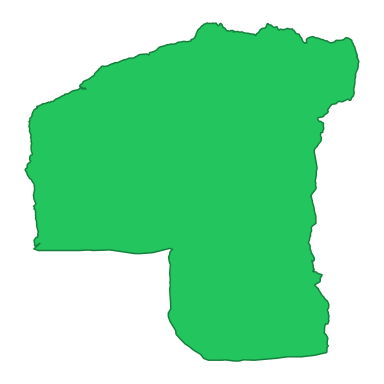 North Tanna, Tafea, Vanuatu (orthographic projection)
{"feature_id": "77236927B7031422019545", "entity_name": "North Tanna", "entity_type": "district", "adm_level": 2, "iso_a3": "VUT", "parent_name": "Vanuatu", "parent_adm1": "Tafea", "projection": "orthographic", "projection_center": [169.312, -19.371], "detail": "fine", "context": "isolated", "style": "filled", "palette": "green", "viewbox_px": 384, "rotation_deg": 0, "n_neighbors": 0, "source": "geoboundaries", "source_scale": "gbopen_adm2", "svg_char_len": 5783}
<svg xmlns="http://www.w3.org/2000/svg" viewBox="0 0 384 384"><path d="M326.6,352.5L326.9,351.5L327.0,347.7L328.2,346.0L328.1,345.5L327.3,345.0L327.1,344.0L327.4,340.2L327.8,338.8L327.7,337.7L325.7,334.2L324.3,333.1L324.2,332.4L324.5,331.5L324.5,328.5L324.9,325.4L325.8,324.0L327.5,323.9L327.9,323.6L328.9,320.9L328.4,318.6L328.9,317.0L329.0,316.0L328.4,314.5L328.3,312.4L327.5,310.8L327.4,310.0L328.7,307.3L328.8,304.6L328.1,302.5L327.1,300.8L325.1,299.2L323.6,296.8L321.7,295.0L320.2,292.2L319.1,290.7L318.2,288.7L314.8,285.4L314.9,284.7L319.9,281.8L320.2,281.2L320.2,278.3L321.6,276.0L322.1,274.9L321.5,274.6L318.0,273.6L316.1,272.0L313.1,271.5L312.8,271.2L313.2,270.2L314.1,270.1L314.2,269.8L313.1,266.9L313.3,265.6L312.8,264.6L312.5,262.1L312.0,261.6L312.0,260.7L312.8,261.1L313.5,261.0L314.2,260.0L314.3,259.0L314.0,257.4L311.2,252.5L310.8,250.2L310.2,249.3L310.0,245.3L309.3,244.1L308.8,243.8L308.5,242.4L309.5,239.8L309.6,237.6L310.5,236.2L310.5,233.1L311.6,230.9L311.3,227.6L312.3,226.0L315.8,223.4L315.9,223.0L315.8,216.0L314.8,212.8L313.7,206.4L312.5,202.6L312.3,200.3L311.9,199.7L311.4,196.9L310.7,196.4L312.2,193.6L315.6,189.3L316.1,187.9L316.0,186.6L315.5,185.4L315.8,183.1L315.6,182.2L315.1,181.5L316.3,175.5L316.3,171.6L317.1,167.9L314.2,151.5L314.2,150.3L315.0,148.6L317.0,146.5L319.2,143.0L320.2,142.1L321.0,140.8L321.4,138.6L321.3,137.6L320.4,135.3L320.9,132.7L322.7,132.4L322.8,130.5L323.5,129.6L323.7,128.1L323.1,124.6L323.6,124.2L323.4,123.2L322.8,122.7L322.0,122.5L320.9,121.4L319.7,121.5L319.1,121.2L317.8,119.3L317.7,118.1L318.0,117.7L322.1,117.0L323.5,116.4L324.3,115.0L327.2,113.1L328.2,111.8L327.7,109.9L327.8,109.4L329.2,107.8L330.3,105.9L331.7,104.6L332.6,104.2L336.1,103.7L337.7,101.9L339.2,101.4L342.4,101.8L347.6,99.3L348.3,99.4L349.6,100.4L350.5,100.2L350.9,99.9L351.7,97.6L353.1,96.4L354.0,94.0L354.1,92.3L353.7,89.2L354.8,83.4L354.9,78.9L355.6,77.1L355.5,75.2L355.8,73.1L357.8,68.4L358.2,65.9L358.1,63.8L358.8,61.8L358.7,61.1L357.4,57.9L356.8,57.4L356.8,56.8L357.2,56.5L357.2,55.1L356.1,52.2L354.6,46.9L353.4,45.0L352.8,43.0L351.9,41.8L351.8,40.3L349.1,38.5L347.0,37.7L345.8,37.8L343.7,39.5L342.6,40.0L339.5,40.4L336.2,40.3L335.2,41.1L334.3,42.4L333.2,42.3L331.1,42.9L328.5,42.1L327.2,40.9L326.0,41.0L324.1,40.3L322.6,39.5L321.0,39.4L319.8,38.7L317.4,38.0L315.3,37.8L314.2,37.0L312.6,36.6L309.5,37.4L307.3,38.5L306.4,39.6L306.7,42.8L305.4,42.7L304.5,43.1L303.2,41.8L302.3,40.3L301.6,38.1L300.3,36.9L299.2,34.4L295.9,33.3L295.2,32.6L294.8,31.4L293.7,30.4L292.9,30.0L292.4,29.0L289.5,29.1L288.2,28.5L287.2,28.4L285.9,29.1L284.8,29.4L282.3,29.7L281.1,29.2L280.3,29.2L279.9,29.3L279.3,29.9L278.4,29.9L277.0,26.8L276.2,26.8L274.8,27.4L273.8,27.4L272.5,26.5L271.5,25.3L268.8,24.6L268.1,23.7L267.4,23.7L267.2,23.9L266.2,26.7L265.6,27.4L264.6,28.3L263.1,28.2L261.9,28.6L259.9,30.1L258.7,32.3L256.5,33.9L256.0,35.1L255.5,35.3L254.9,35.3L254.6,34.5L254.2,34.3L250.6,33.9L247.9,33.2L245.8,33.2L244.3,32.9L242.0,31.9L239.4,32.2L238.1,31.5L235.6,31.7L234.7,31.4L233.3,31.9L233.3,30.8L232.7,30.5L230.8,30.5L230.2,31.0L229.6,31.1L228.1,30.8L226.6,30.8L225.2,28.5L223.0,27.2L221.8,24.3L220.7,23.4L220.1,23.7L219.2,25.1L217.9,25.6L217.4,24.7L216.4,23.9L216.1,23.1L214.0,23.5L213.3,23.1L212.3,23.2L210.4,23.6L209.6,23.3L207.7,23.5L207.2,23.0L206.4,23.2L205.5,23.9L204.1,24.1L203.3,25.1L201.8,25.9L200.2,27.9L197.9,30.0L196.6,32.9L195.5,36.0L194.2,38.2L193.2,39.0L191.3,39.5L190.9,40.0L190.9,41.0L186.7,41.8L185.0,41.4L183.4,41.4L181.0,42.0L178.3,42.2L174.7,44.1L170.6,44.1L169.2,44.6L167.4,44.6L164.3,45.9L160.0,46.9L158.9,47.6L156.6,50.0L155.4,50.8L153.0,51.8L150.1,52.5L149.5,52.9L148.9,54.8L148.6,54.9L146.8,54.0L140.2,54.5L138.3,55.2L136.8,56.3L135.8,56.6L133.8,58.0L128.9,58.2L126.1,59.5L123.9,59.8L117.4,62.7L114.8,62.7L113.8,63.3L111.0,64.2L108.3,65.6L106.5,66.2L104.5,66.4L102.5,66.1L101.6,66.4L100.4,67.9L98.5,69.3L98.3,70.3L96.5,71.7L94.9,73.5L93.9,75.6L92.5,76.3L89.2,78.9L83.6,81.4L83.0,82.1L82.1,83.8L80.3,84.8L79.7,86.2L80.6,87.0L80.9,86.9L81.9,87.7L83.0,88.2L85.2,88.2L85.7,88.8L82.3,89.0L81.7,88.7L81.1,87.9L80.2,88.0L79.4,88.5L78.6,89.6L73.0,90.8L71.6,91.4L68.7,93.5L64.6,94.4L64.3,95.2L62.3,95.9L58.8,97.9L55.6,99.2L53.2,101.4L51.0,101.5L50.1,102.5L48.4,102.2L45.8,103.4L42.6,103.9L40.6,105.2L39.5,105.5L38.6,106.3L37.2,106.2L36.8,106.6L36.8,106.8L37.5,107.3L37.4,107.9L34.2,109.7L32.4,113.2L31.8,116.4L31.3,117.2L30.1,118.0L29.9,119.0L30.0,120.3L29.0,121.6L29.6,122.6L29.0,126.6L29.7,129.0L29.5,131.2L31.1,135.3L31.1,136.0L30.6,137.2L30.6,137.7L31.2,138.7L31.1,141.5L31.7,143.6L31.1,145.6L31.2,150.3L32.4,154.2L31.8,155.0L30.6,155.4L29.9,156.5L29.6,159.1L29.9,160.1L30.8,161.1L30.4,161.7L27.5,164.2L27.1,165.5L27.3,167.6L26.1,168.4L25.2,169.4L25.4,170.5L26.7,172.5L27.4,174.9L29.8,178.6L31.4,179.5L32.3,181.6L33.5,183.2L34.2,184.6L34.6,190.1L34.0,192.1L34.0,193.5L33.4,194.9L33.6,196.5L34.0,198.9L35.8,203.7L35.6,204.5L33.6,206.2L34.7,208.0L34.1,208.7L34.1,209.1L35.1,209.8L35.5,211.1L35.6,215.9L35.8,217.1L35.5,218.3L36.5,221.2L36.8,226.5L38.3,232.1L37.8,233.8L37.9,236.6L37.7,237.1L37.3,237.4L36.5,237.3L35.5,238.1L34.1,240.3L34.3,242.1L34.6,242.6L34.6,245.7L35.6,245.9L36.5,245.6L39.4,243.4L39.7,243.5L37.9,245.4L34.8,248.0L34.0,248.9L38.2,250.5L79.2,250.5L88.2,250.0L93.4,250.5L109.7,249.9L135.0,253.6L140.2,253.6L152.9,252.6L169.7,248.4L172.3,249.4L170.0,252.0L169.7,254.4L168.7,256.7L168.7,258.2L169.4,261.9L170.4,264.9L169.7,273.9L170.3,279.1L170.0,282.6L170.3,285.5L169.7,289.4L170.7,304.6L170.7,309.0L168.3,313.1L168.3,316.5L170.0,321.3L175.7,330.6L176.1,334.3L181.8,340.6L185.1,343.9L189.2,346.5L193.6,350.2L200.6,354.3L203.7,358.4L208.4,360.2L221.8,360.2L225.6,359.9L234.3,361.0L239.4,361.0L243.4,359.8L254.2,360.2L276.3,358.3L287.5,356.8L301.4,356.8L314.5,355.3L326.6,352.5Z" fill="#22c55e" stroke="#15803d" stroke-width="1.5"/></svg>